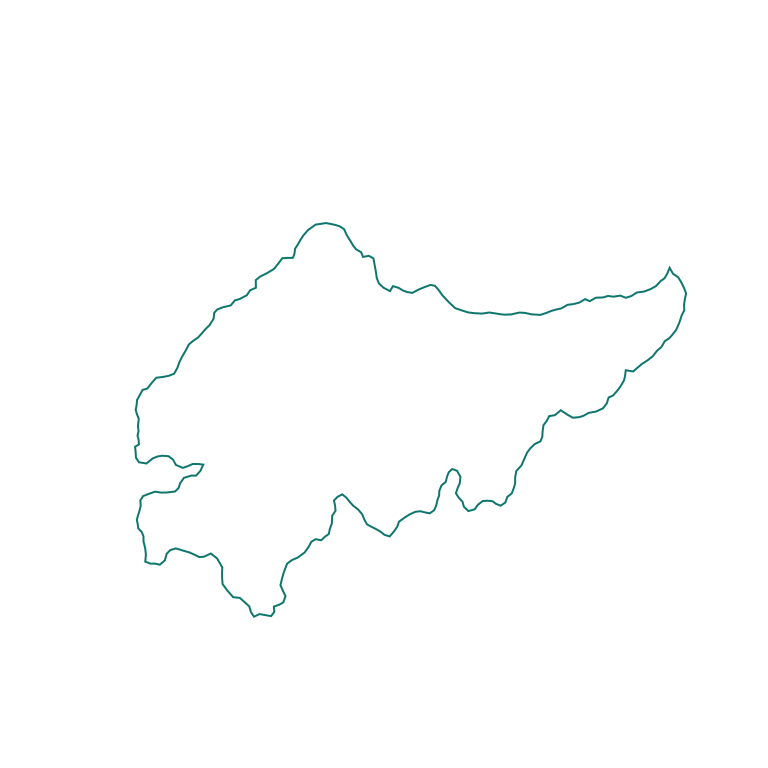 outline of Caeté, Minas Gerais, Brazil, rotated 232°
{"feature_id": "56859067B10298229878474", "entity_name": "Caeté", "entity_type": "district", "adm_level": 2, "iso_a3": "BRA", "parent_name": "Brazil", "parent_adm1": "Minas Gerais", "projection": "albers", "projection_center": [-43.645, -19.886], "detail": "fine", "context": "isolated", "style": "outline", "palette": "teal", "viewbox_px": 768, "rotation_deg": 232, "n_neighbors": 0, "source": "geoboundaries", "source_scale": "gbopen_adm2", "svg_char_len": 4059}
<svg xmlns="http://www.w3.org/2000/svg" viewBox="0 0 768 768"><g transform="rotate(232 384 384)"><path d="M528.0,190.1L525.7,185.0L523.4,179.5L519.5,175.9L516.6,172.5L512.6,170.8L507.5,169.3L502.2,164.1L497.9,161.5L495.2,158.1L490.8,156.1L487.3,153.7L487.8,149.2L483.3,146.4L478.5,143.1L473.2,142.7L467.6,147.9L467.8,155.7L466.3,161.0L464.0,165.1L459.8,169.7L454.3,171.2L448.3,170.2L441.7,173.9L440.1,178.7L438.7,184.1L435.4,188.3L431.7,192.0L428.6,185.9L427.5,179.5L430.4,175.9L433.2,168.6L431.3,162.2L428.6,158.5L427.9,153.2L432.2,146.1L435.5,141.7L440.1,137.3L442.1,131.4L444.0,125.1L442.3,120.3L437.8,117.3L434.4,112.9L431.9,109.3L429.3,105.7L425.3,103.7L421.5,101.5L416.2,101.9L412.1,100.7L407.9,97.5L402.0,94.9L396.2,91.4L391.0,86.5L386.1,89.5L383.5,92.9L379.7,96.0L379.9,102.7L384.0,108.2L384.7,113.4L382.5,118.8L376.0,123.4L371.0,127.0L365.9,129.7L361.3,131.9L358.7,135.9L357.1,143.1L349.5,145.1L343.6,144.3L339.0,143.6L335.0,140.2L330.5,136.8L325.7,133.6L317.0,133.4L308.9,133.9L304.2,138.7L298.2,139.8L291.7,140.9L286.0,138.7L280.7,138.3L279.3,144.3L275.6,147.6L270.6,152.1L272.0,157.3L276.4,160.2L274.6,165.5L273.9,170.2L277.5,175.8L283.1,177.0L289.2,178.5L293.5,183.9L297.0,188.7L299.8,193.2L302.1,197.1L301.9,203.2L300.3,209.4L300.1,217.8L302.1,224.4L304.4,229.7L303.8,234.6L299.5,238.3L300.0,243.5L299.8,248.2L303.0,251.9L306.3,257.1L312.0,262.0L314.0,267.8L317.7,270.2L323.0,272.9L323.7,277.8L322.7,283.2L317.4,284.4L312.4,284.4L307.0,284.8L301.3,286.3L294.7,286.6L289.5,285.1L283.9,284.2L279.9,285.9L275.0,288.2L269.3,290.5L264.9,291.5L260.4,294.6L261.7,301.3L263.4,306.6L266.3,311.0L266.0,318.6L265.4,324.2L264.0,330.0L261.3,334.4L257.4,337.4L253.9,340.5L253.7,345.9L256.2,350.5L259.6,354.6L262.2,358.8L265.7,361.7L268.7,366.9L268.8,372.3L272.3,376.8L274.6,380.7L275.0,385.4L270.7,388.1L263.8,387.1L259.2,382.7L257.1,378.7L253.7,373.4L248.5,372.9L242.9,373.4L238.2,371.4L231.9,372.3L229.4,378.3L231.0,383.5L231.0,389.8L228.3,393.7L224.8,397.4L220.5,398.5L216.3,401.0L215.9,406.6L219.1,411.7L219.2,417.4L222.6,423.0L225.2,426.4L229.6,429.8L234.0,434.7L235.2,442.1L238.8,448.8L241.8,454.4L243.2,459.5L243.9,465.6L242.5,472.0L244.8,476.1L249.0,479.8L253.3,484.2L254.9,490.0L257.0,494.4L254.2,499.5L254.5,507.1L247.1,509.6L241.2,512.0L237.7,517.4L236.1,521.7L235.2,527.6L231.8,534.0L230.0,541.5L231.6,547.7L235.1,552.7L233.9,557.4L235.0,563.2L236.4,568.6L239.1,575.4L242.1,579.1L246.0,583.0L240.5,588.0L240.8,594.4L241.0,599.6L240.4,606.2L240.4,612.8L242.1,619.6L242.4,625.5L244.9,631.8L244.4,636.6L245.2,641.3L246.7,647.4L250.5,654.5L254.5,660.4L257.3,666.0L261.8,669.3L265.6,673.3L269.5,677.9L275.1,679.6L282.0,681.0L287.3,681.5L292.8,679.6L299.7,680.6L296.5,675.0L294.6,670.2L294.8,665.4L293.7,658.6L294.7,652.3L296.7,645.9L300.5,639.5L301.0,633.2L303.1,627.6L308.1,624.7L311.6,618.5L315.5,614.7L317.3,610.0L321.6,604.0L322.6,597.1L327.1,594.7L327.9,588.0L330.4,582.4L333.4,577.4L334.5,570.1L336.6,565.7L338.7,560.5L340.0,555.9L342.2,549.8L348.0,543.2L353.3,538.8L357.0,534.6L360.4,527.3L364.3,521.8L367.8,518.2L371.4,514.9L375.5,511.0L379.2,504.5L384.0,499.0L388.8,494.2L394.3,490.5L399.9,486.8L408.8,485.4L418.0,484.6L424.9,484.9L430.1,484.6L433.5,481.5L435.2,476.2L436.9,470.4L438.4,462.3L442.3,458.8L446.3,456.4L450.8,454.7L455.6,451.3L453.5,445.9L460.2,442.9L466.2,441.9L471.9,443.5L477.8,446.9L484.7,450.5L489.5,453.0L494.3,451.0L497.1,445.7L501.9,447.1L507.4,444.9L511.9,444.9L516.7,445.5L524.8,446.4L530.6,447.9L535.8,446.0L539.4,443.5L543.2,440.3L546.6,437.3L548.9,433.1L551.7,428.3L552.1,419.1L550.7,411.8L548.9,406.6L547.1,402.3L545.3,397.1L541.8,393.7L539.5,389.8L542.7,385.7L545.7,381.3L544.1,375.2L542.4,368.3L543.4,360.1L544.9,352.7L544.8,346.9L538.7,342.3L540.3,336.2L538.4,330.5L539.8,322.7L541.7,318.0L540.3,311.6L543.7,304.2L545.4,298.4L544.6,294.0L540.4,290.0L537.8,282.8L537.1,276.6L536.0,271.5L535.1,265.9L535.5,259.8L535.3,254.5L532.5,248.4L529.6,241.2L527.1,236.1L524.0,231.3L521.3,224.9L523.1,219.1L525.9,213.7L529.1,208.5L528.0,202.2L526.1,194.7L528.0,190.1Z" fill="none" stroke="#0f766e" stroke-width="2"/></g></svg>